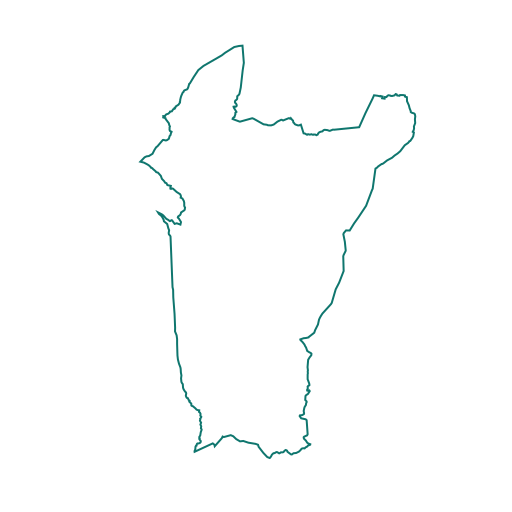 the district of Charapan, Michoacán, Mexico, rotated 191°
{"feature_id": "50627088B69294941658253", "entity_name": "Charapan", "entity_type": "district", "adm_level": 2, "iso_a3": "MEX", "parent_name": "Mexico", "parent_adm1": "Michoacán", "projection": "mercator", "projection_center": [-102.229, 19.697], "detail": "fine", "context": "isolated", "style": "outline", "palette": "teal", "viewbox_px": 512, "rotation_deg": 191, "n_neighbors": 0, "source": "geoboundaries", "source_scale": "gbopen_adm2", "svg_char_len": 6048}
<svg xmlns="http://www.w3.org/2000/svg" viewBox="0 0 512 512"><g transform="rotate(191 256 256)"><path d="M166.8,81.6L168.7,81.9L170.1,82.5L171.9,84.4L173.8,85.6L174.5,86.6L174.6,87.3L174.3,87.8L171.6,89.7L171.3,90.9L174.9,104.3L175.3,104.8L176.2,105.2L180.7,105.3L182.6,107.2L182.5,107.9L180.2,108.7L178.8,110.0L178.8,110.9L179.6,112.9L179.6,115.8L179.5,116.9L178.6,119.3L178.7,121.0L178.4,122.3L178.6,122.9L180.2,124.1L180.7,128.0L180.2,129.0L178.7,130.5L177.5,133.5L177.8,134.1L178.2,134.3L179.6,133.6L180.0,133.6L180.3,134.2L179.9,136.0L180.4,137.7L180.0,138.4L179.1,139.1L178.9,139.5L179.5,141.1L181.8,144.9L182.7,149.6L182.7,150.8L183.2,152.5L183.2,153.6L184.2,156.7L185.0,164.1L184.0,166.8L182.8,169.1L182.9,170.6L183.8,171.3L185.2,171.6L187.6,172.6L189.4,175.7L190.7,177.1L191.5,178.3L193.9,180.4L196.0,181.8L196.5,182.2L196.6,182.6L193.5,184.4L191.4,185.0L188.9,186.1L188.8,186.5L184.2,191.8L183.8,194.6L182.1,200.6L182.0,205.5L181.5,207.6L180.8,209.7L179.8,212.2L173.2,223.1L172.7,224.4L171.4,238.5L169.3,245.7L167.1,258.0L170.3,272.4L170.2,273.6L169.0,278.0L169.0,278.6L171.5,286.9L174.4,294.0L174.2,295.3L172.5,298.3L168.9,298.9L165.9,306.8L163.0,313.1L157.5,326.3L154.7,342.8L154.3,344.3L155.4,364.6L154.0,365.9L153.3,367.1L150.2,370.3L149.5,370.5L148.7,371.2L145.5,374.9L141.2,378.4L139.1,381.1L136.6,383.6L134.4,386.4L131.1,393.1L128.3,396.0L127.5,397.4L127.4,397.9L126.5,398.4L125.0,401.9L124.5,403.7L124.6,407.4L125.8,407.8L125.2,409.7L125.2,411.6L125.7,413.3L125.1,416.9L126.1,420.6L126.3,423.5L127.1,425.5L128.0,426.1L130.6,426.4L131.5,426.8L131.8,427.8L133.5,430.5L134.7,433.1L137.3,436.8L138.2,440.7L140.0,440.8L140.3,441.1L140.4,442.0L141.8,442.1L145.3,441.5L145.7,440.7L148.0,440.5L148.8,441.5L149.8,441.6L150.7,440.1L153.0,439.0L154.5,438.9L154.7,439.1L156.5,439.1L156.8,439.0L157.6,438.2L158.3,436.9L159.9,436.6L159.8,435.0L162.3,434.9L162.2,436.7L164.4,436.8L164.5,436.4L167.1,436.5L170.8,436.3L171.6,432.8L175.8,417.2L179.3,402.1L203.3,394.9L204.7,394.7L207.3,393.0L208.0,392.9L209.9,393.2L212.6,393.0L213.7,392.4L214.6,391.0L216.1,390.4L217.5,389.5L218.4,388.1L218.6,387.0L219.8,386.1L220.8,386.5L222.5,386.3L223.0,385.9L223.9,385.9L224.8,386.1L226.4,385.4L228.0,385.5L228.5,385.3L228.7,384.9L229.3,384.8L231.1,385.5L232.7,385.5L237.0,393.5L238.7,392.4L239.7,392.2L242.4,392.6L243.1,392.9L244.0,393.8L244.8,394.2L245.5,396.0L246.3,396.4L248.1,397.9L248.3,397.3L248.6,397.2L249.6,397.6L250.2,397.5L255.3,394.2L256.6,394.6L257.3,394.5L260.6,392.0L263.7,388.4L266.1,387.1L269.2,386.6L270.4,386.9L273.7,386.7L284.5,390.3L286.0,390.5L297.2,384.9L297.7,384.8L305.1,386.0L305.1,386.7L304.3,387.9L303.7,388.2L303.3,391.2L303.6,392.6L302.7,393.7L306.1,397.4L306.5,398.3L305.8,398.6L304.8,398.5L303.9,399.1L303.6,399.8L303.9,400.8L304.7,401.8L305.7,402.4L306.1,403.2L306.1,404.0L305.9,404.7L305.4,405.1L304.6,406.2L304.5,407.0L304.9,409.2L303.5,411.1L303.2,412.1L303.1,418.4L304.5,435.8L304.8,443.3L309.4,459.9L312.8,458.9L317.2,457.0L325.1,449.6L327.9,446.4L343.8,432.6L348.1,427.5L351.3,419.8L353.9,412.7L354.4,412.3L354.7,408.9L355.0,407.3L355.5,406.4L357.9,404.9L358.3,404.2L358.4,403.3L359.1,402.5L359.9,399.0L360.1,397.3L360.2,394.8L360.0,393.7L360.2,392.7L359.9,392.1L361.0,389.7L363.3,387.5L363.4,386.4L363.8,385.4L364.3,385.6L364.6,384.6L365.3,384.2L366.2,382.0L368.0,381.3L368.0,380.7L369.2,379.0L371.1,377.9L371.6,377.2L372.1,375.7L372.9,375.9L373.7,375.6L373.5,375.3L373.5,374.3L371.1,374.0L370.8,373.2L366.9,369.7L366.2,368.1L365.2,366.7L365.4,365.7L365.2,365.1L365.1,363.9L364.6,362.7L364.1,362.2L362.6,361.9L362.6,361.4L362.9,360.7L363.0,358.4L363.7,357.2L363.9,354.5L365.3,352.9L366.5,352.2L369.0,352.3L369.6,352.1L373.6,345.0L374.8,343.6L375.9,340.8L377.1,336.6L380.2,333.7L382.5,332.9L384.2,331.6L387.5,326.5L383.9,326.3L380.5,325.3L378.6,324.6L376.4,323.3L376.1,322.7L374.5,322.4L374.0,321.9L370.7,320.0L370.0,319.3L368.1,319.1L364.7,316.5L363.1,313.8L360.4,311.9L359.2,310.6L357.8,310.4L356.5,308.7L353.0,308.6L353.1,306.4L352.8,305.7L352.1,305.7L351.4,306.3L350.2,306.2L346.1,303.7L342.3,302.2L341.5,301.2L341.0,300.1L341.1,298.9L339.2,298.4L337.4,296.3L336.6,294.6L336.1,291.9L335.7,290.9L334.9,290.1L334.8,287.9L335.1,287.2L337.9,284.4L337.9,283.2L338.3,281.8L340.0,279.9L340.1,279.3L340.1,278.8L338.9,278.1L336.1,275.0L336.2,272.4L340.0,273.0L342.0,272.0L345.2,275.0L345.9,275.0L346.8,274.0L347.2,273.8L349.3,274.8L351.2,275.4L354.7,278.1L356.3,278.9L360.5,280.1L359.2,278.7L356.8,277.5L355.3,276.1L353.6,274.0L353.0,272.5L349.3,270.5L347.3,266.4L346.2,264.7L346.1,261.9L345.6,260.6L344.1,259.5L343.6,258.7L332.0,209.5L330.9,207.0L329.3,199.6L324.9,183.6L321.7,170.1L321.1,166.5L318.8,163.0L317.6,159.4L316.6,154.3L314.1,143.3L312.9,139.5L311.1,135.7L309.0,132.3L308.4,130.8L307.5,127.3L306.4,124.5L306.2,121.5L305.2,118.2L304.5,117.2L303.4,116.2L302.5,112.8L301.6,111.3L299.8,109.4L298.8,108.8L298.3,107.9L298.2,105.4L297.3,104.0L296.9,103.6L295.7,103.4L294.8,102.0L293.5,101.1L293.7,100.3L291.4,98.8L290.9,96.9L290.3,96.6L289.3,96.5L286.6,95.0L285.1,93.9L284.0,93.6L282.3,93.7L282.2,92.1L281.1,91.5L280.3,90.4L280.2,88.7L279.0,87.7L279.1,87.0L279.8,85.6L279.5,85.1L279.6,83.6L278.1,81.9L278.4,79.9L277.3,78.4L277.2,76.3L276.6,75.8L276.2,75.1L276.6,72.5L276.5,69.1L277.1,67.7L277.0,66.8L276.5,66.4L276.8,65.8L276.6,65.3L274.9,63.8L274.8,62.9L275.1,62.1L275.7,61.6L276.6,61.0L277.5,60.9L278.0,60.5L278.2,59.7L278.2,58.5L278.7,58.3L279.0,57.2L278.7,54.6L279.1,52.7L278.9,52.1L262.7,63.8L260.8,62.8L260.2,61.4L254.8,70.6L254.3,72.4L253.1,72.1L246.6,75.3L243.9,74.7L240.5,72.5L236.3,71.0L233.2,72.0L227.9,71.3L220.6,71.5L218.0,71.1L217.0,69.2L211.2,64.1L206.6,60.8L204.1,60.3L203.8,60.5L203.0,62.1L202.5,63.9L201.5,65.4L201.1,65.8L200.2,66.0L198.6,67.4L197.7,67.5L195.6,66.7L195.0,67.1L194.1,68.0L192.2,68.4L191.6,68.8L190.8,70.3L189.9,71.2L188.9,71.1L188.3,70.7L187.7,69.8L185.0,68.5L183.6,67.9L182.8,68.1L181.6,69.5L179.0,70.3L176.5,72.2L175.3,73.9L174.7,75.1L174.1,75.8L172.9,76.3L171.6,76.4L170.8,77.6L169.5,78.6L168.8,79.8L166.8,81.1L166.8,81.6Z" fill="none" stroke="#0f766e" stroke-width="2"/></g></svg>